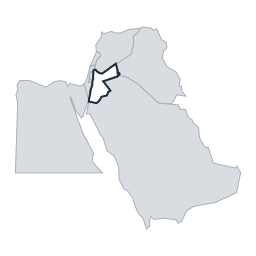 map of Jordan with Israel, Lebanon, Palestine and 4 others greyed out
{"feature_id": "JOR", "entity_name": "Jordan", "entity_type": "country or territory", "adm_level": 0, "iso_a3": "JOR", "parent_name": "Asia", "parent_adm1": "", "projection": "equal_earth", "projection_center": [36.712, 31.281], "detail": "fine", "context": "with_neighbors", "style": "outline", "palette": "slate", "viewbox_px": 256, "rotation_deg": 0, "n_neighbors": 7, "source": "natural_earth", "source_scale": "50m", "svg_char_len": 3293}
<svg xmlns="http://www.w3.org/2000/svg" viewBox="0 0 256 256"><path d="M95.2,64.6L93.2,72.8L90.6,71.5L89.1,77.8L90.9,78.8L89.1,80.1L88.8,82.6L92.1,81.3L92.3,85.0L88.6,100.2L84.1,83.9L86.2,80.8L90.1,66.4L95.2,64.6Z" fill="#d9dde1" stroke="#a8b0b8" stroke-width="1"/><path d="M95.2,64.6L90.3,66.3L96.4,51.9L99.6,52.4L100.7,56.0L96.9,59.5L95.2,64.6Z" fill="#d9dde1" stroke="#a8b0b8" stroke-width="1"/><path d="M92.1,81.3L88.8,82.6L89.1,80.1L90.9,78.8L89.1,77.8L90.6,71.5L93.2,72.8L92.1,81.3Z" fill="#d9dde1" stroke="#a8b0b8" stroke-width="1"/><path d="M118.9,75.0L116.0,63.7L131.3,54.0L133.7,42.9L133.0,36.2L136.7,33.9L140.1,28.3L143.0,26.9L151.0,28.0L153.5,30.3L156.7,28.8L161.6,39.7L166.2,42.4L166.9,47.8L163.6,51.0L162.2,58.2L167.3,67.0L176.2,72.1L180.1,79.3L179.2,86.1L181.4,86.1L181.7,91.1L185.8,96.1L176.8,94.9L171.9,104.0L158.6,103.2L138.1,84.2L127.4,77.6L118.9,75.0Z" fill="#d9dde1" stroke="#a8b0b8" stroke-width="1"/><path d="M94.4,69.9L96.9,59.5L100.7,56.0L99.6,52.4L96.4,51.9L95.8,44.9L101.2,37.1L101.6,32.0L103.8,33.8L111.4,31.3L115.1,33.0L120.7,32.9L128.6,29.5L140.1,28.3L136.7,33.9L133.0,36.2L133.7,42.9L131.3,54.0L102.3,73.6L94.4,69.9Z" fill="#d9dde1" stroke="#a8b0b8" stroke-width="1"/><path d="M88.9,101.5L96.8,103.1L101.6,96.7L107.0,95.4L108.2,92.2L110.5,90.6L103.4,81.2L118.9,75.0L127.4,77.6L138.1,84.2L158.6,103.2L178.3,104.9L180.2,109.5L185.3,109.2L188.4,117.5L192.0,119.7L193.4,123.1L198.5,127.1L199.5,137.6L204.0,145.9L206.2,147.8L208.2,147.1L213.3,163.1L235.6,168.0L237.0,165.9L240.6,172.9L236.6,192.7L214.7,202.6L193.5,206.4L186.6,210.9L181.5,221.4L178.1,223.1L176.2,219.8L164.7,218.3L154.1,219.4L151.0,216.8L149.1,221.7L149.9,225.9L146.7,229.1L142.8,217.8L138.9,214.3L134.9,205.9L132.7,197.8L127.5,190.9L124.2,189.3L119.3,179.9L118.7,167.2L114.4,156.3L107.0,150.5L103.0,137.7L100.9,135.5L90.0,113.9L86.5,114.0L88.9,101.5Z" fill="#d9dde1" stroke="#a8b0b8" stroke-width="1"/><path d="M102.5,172.9L15.4,172.9L17.7,102.7L15.9,95.0L18.0,89.2L17.0,85.1L19.8,80.6L29.2,80.4L46.1,87.2L54.6,81.5L60.9,80.7L65.9,81.9L67.7,86.6L69.4,83.5L80.6,86.3L84.1,83.9L88.6,100.2L83.0,116.2L81.3,117.9L75.8,110.5L70.8,96.8L70.1,97.7L82.5,132.4L94.0,154.0L92.5,155.7L92.7,162.1L102.5,172.9Z" fill="#d9dde1" stroke="#a8b0b8" stroke-width="1"/><path d="M94.9,69.7L95.7,69.9L96.1,70.3L96.8,71.5L97.9,71.9L98.4,72.3L99.0,72.9L99.8,73.2L102.1,73.6L104.1,72.2L105.7,71.0L107.5,69.7L108.7,68.8L110.8,67.2L112.2,66.3L114.0,65.0L115.8,63.7L116.4,65.8L116.9,67.8L117.4,69.9L117.9,71.9L117.4,72.1L117.8,73.7L118.5,73.4L119.3,73.2L119.6,74.3L118.6,75.4L117.5,76.5L117.3,76.6L115.9,77.0L113.1,78.0L111.3,78.6L108.9,79.4L106.9,80.1L105.0,80.7L103.1,81.3L104.2,82.6L105.8,84.6L106.8,85.9L108.1,87.6L109.2,89.1L110.4,90.7L109.6,91.2L108.2,92.1L108.1,92.3L108.0,92.5L107.4,94.1L106.9,95.3L106.8,95.5L104.9,95.9L102.9,96.4L101.7,96.7L101.3,97.0L100.5,98.6L99.7,100.2L98.3,101.6L96.8,103.0L96.4,103.1L95.3,102.9L93.4,102.5L91.6,102.1L90.3,101.9L88.8,101.6L89.1,100.3L89.0,99.7L89.4,97.4L89.6,96.4L89.7,95.6L90.2,94.1L90.2,93.6L90.3,91.8L90.2,91.4L90.5,90.5L90.9,89.0L91.4,87.8L91.5,87.3L92.0,86.1L92.4,84.7L92.2,83.9L92.3,82.9L92.5,81.4L92.6,80.7L92.8,79.6L93.3,78.7L93.1,76.7L93.1,75.6L93.4,74.3L93.2,72.8L93.4,70.7L93.5,70.3L93.7,70.2L94.5,69.7L94.9,69.7Z" fill="none" stroke="#1e293b" stroke-width="2"/></svg>